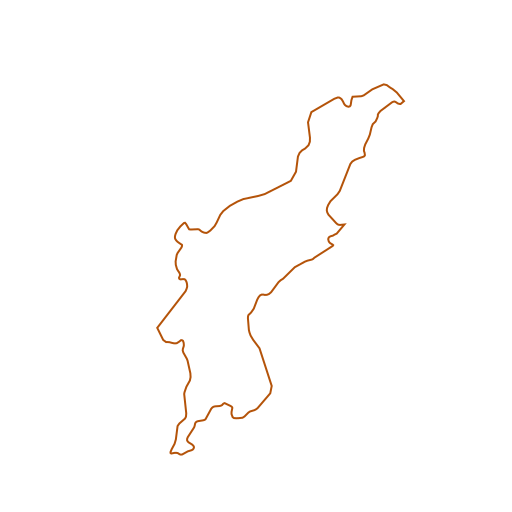 the border of Požeško-Slavonska, rotated 120°
{"feature_id": "HRV-1604", "entity_name": "Požeško-Slavonska", "entity_type": "County", "adm_level": 1, "iso_a3": "HRV", "parent_name": "Croatia", "parent_adm1": "", "projection": "equal_earth", "projection_center": [17.752, 45.408], "detail": "fine", "context": "isolated", "style": "outline", "palette": "amber", "viewbox_px": 512, "rotation_deg": 120, "n_neighbors": 0, "source": "natural_earth", "source_scale": "10m", "svg_char_len": 3638}
<svg xmlns="http://www.w3.org/2000/svg" viewBox="0 0 512 512"><g transform="rotate(120 256 256)"><path d="M310.6,233.0L312.1,232.8L313.9,231.9L323.6,225.2L325.5,223.4L327.6,220.9L330.0,216.6L334.2,206.8L360.7,177.4L367.8,175.0L387.1,178.6L388.9,179.4L390.3,180.3L393.6,183.4L395.4,184.3L400.7,185.7L402.8,186.8L405.5,190.5L406.5,192.2L407.4,194.1L407.2,195.7L405.1,198.2L403.3,199.2L399.5,200.5L399.0,200.9L398.7,201.7L398.6,203.0L399.1,209.6L400.0,210.3L400.8,210.6L402.0,210.8L403.1,211.5L404.2,212.6L406.7,216.3L407.9,217.5L409.2,218.1L410.6,218.4L422.6,218.1L423.3,218.4L424.0,218.9L424.8,219.7L428.0,223.6L429.0,224.5L430.2,225.0L431.4,225.0L433.8,224.2L435.4,223.9L447.1,224.5L448.9,224.2L450.2,223.4L450.8,222.3L451.1,221.1L451.2,217.1L451.6,215.6L452.0,214.7L452.7,214.1L453.2,213.9L454.2,213.8L455.3,214.0L456.4,214.7L459.3,217.4L464.8,220.7L465.6,221.8L465.9,223.0L465.8,225.2L466.4,226.8L467.3,228.2L469.4,230.6L469.4,231.4L468.6,232.0L465.6,232.4L459.4,232.6L454.9,233.7L442.7,238.8L442.2,238.9L439.3,238.6L432.3,236.2L430.2,236.3L427.2,237.7L411.4,249.2L409.7,249.8L404.0,250.9L396.9,251.0L393.6,252.1L390.4,254.2L380.9,262.9L379.6,264.5L376.0,270.6L374.5,272.2L373.0,272.9L371.1,273.3L369.9,273.6L369.0,274.1L368.1,274.7L367.3,275.3L366.6,276.1L366.0,276.8L365.9,277.7L366.3,278.8L368.6,279.7L371.1,281.0L371.8,281.9L372.6,283.3L373.2,285.1L374.0,288.1L374.8,289.6L375.5,290.8L375.1,294.4L367.6,305.6L321.7,299.4L319.2,299.7L317.1,300.2L315.5,301.2L314.1,302.3L313.0,303.5L312.3,304.6L311.9,305.5L311.9,306.4L312.3,307.3L312.8,308.1L313.9,309.5L314.1,310.1L314.1,310.9L313.8,311.4L313.3,311.8L310.8,312.1L310.2,312.4L309.5,313.1L309.1,313.6L308.5,314.6L307.9,315.9L306.8,317.9L303.8,321.0L300.9,322.9L294.7,325.2L292.6,325.4L285.8,324.8L284.2,325.1L283.3,325.8L283.3,327.1L283.0,330.4L282.8,331.6L282.4,332.9L281.9,333.9L281.5,334.6L280.9,335.2L279.9,335.8L278.6,336.3L276.9,336.7L273.0,337.0L268.2,336.3L263.5,334.9L262.7,334.1L263.3,332.4L266.2,327.5L266.3,327.1L265.6,325.6L261.9,319.8L261.6,319.0L261.5,318.3L261.9,316.2L262.0,315.0L261.9,313.9L261.8,313.3L261.7,312.6L261.1,311.1L260.7,310.3L259.3,309.4L256.8,308.3L250.9,306.8L246.7,306.8L238.2,307.5L233.4,306.8L225.6,303.7L218.2,299.3L213.0,295.4L202.7,283.9L198.0,279.4L173.5,263.4L163.0,263.5L148.9,269.4L144.9,269.8L141.4,268.9L138.4,267.2L133.8,265.9L130.1,266.5L126.6,268.4L114.2,277.8L103.7,280.0L80.7,266.8L77.8,264.4L77.2,263.2L77.2,261.7L77.4,260.3L78.7,257.9L80.1,255.9L80.7,254.6L81.0,252.6L80.5,250.5L79.5,249.6L78.4,249.4L77.1,249.8L73.3,251.3L69.8,252.0L65.2,245.0L64.7,244.4L63.0,243.0L53.5,238.6L43.5,231.2L42.6,228.2L43.0,224.8L43.1,223.2L43.1,222.4L43.1,221.2L44.0,215.8L47.9,205.3L52.1,206.8L52.6,207.9L53.0,209.6L52.8,211.3L52.9,213.2L53.7,214.2L54.8,215.0L68.1,220.7L70.8,221.2L72.5,221.2L74.0,220.4L75.9,220.0L79.7,219.7L83.4,220.8L86.7,220.3L94.0,218.1L98.2,217.5L104.7,217.2L108.4,216.4L111.0,215.1L112.3,213.6L114.2,212.1L115.5,212.1L116.9,213.1L119.4,215.4L123.2,218.4L126.1,219.9L129.1,220.3L157.7,216.0L161.8,216.3L171.3,218.9L175.7,219.0L178.9,218.5L181.1,217.5L182.6,216.1L184.0,213.9L187.4,203.2L187.8,201.2L187.5,199.6L186.9,198.5L184.5,195.2L196.3,197.3L198.1,198.6L200.1,199.7L200.9,200.6L201.8,201.4L203.0,202.1L204.1,202.2L205.3,201.9L206.8,200.5L207.5,199.3L207.8,198.0L207.8,195.4L208.0,194.6L208.9,194.6L228.3,204.6L230.0,205.1L231.1,205.8L234.3,209.1L236.4,210.8L246.3,216.8L262.2,221.2L264.6,222.5L267.4,223.4L279.8,224.8L282.5,225.8L284.2,227.2L285.3,228.9L285.8,230.5L286.6,231.8L288.1,232.8L290.5,233.2L293.3,233.1L302.7,231.6L307.4,232.0L309.6,232.6L310.6,233.0Z" fill="none" stroke="#b45309" stroke-width="2"/></g></svg>